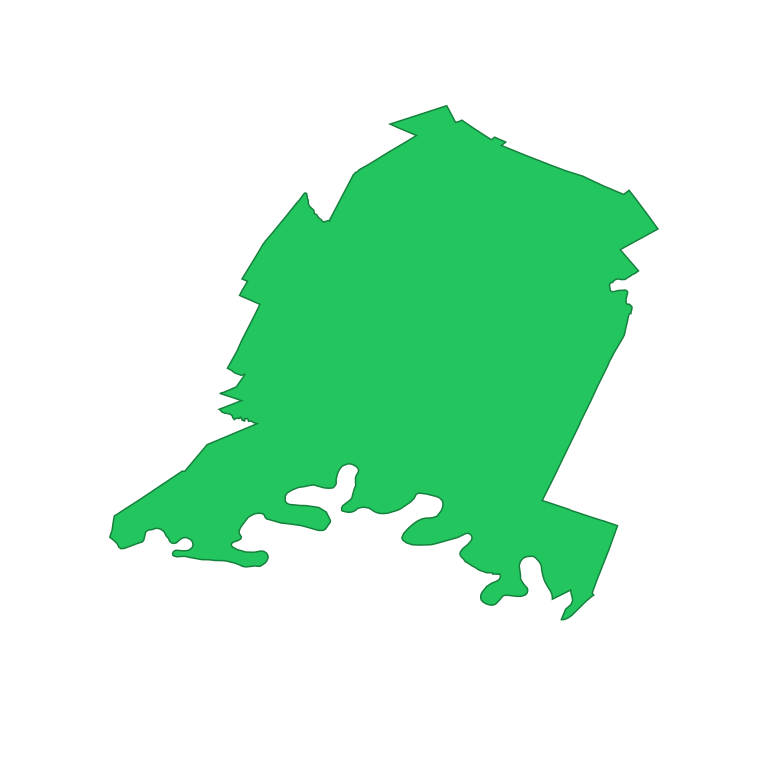 Draganesti, Prahova, Romania, rotated 350°
{"feature_id": "2599482B82413399684251", "entity_name": "Draganesti", "entity_type": "district", "adm_level": 2, "iso_a3": "ROU", "parent_name": "Romania", "parent_adm1": "Prahova", "projection": "equal_earth", "projection_center": [26.299, 44.838], "detail": "fine", "context": "isolated", "style": "filled", "palette": "green", "viewbox_px": 768, "rotation_deg": 350, "n_neighbors": 0, "source": "geoboundaries", "source_scale": "gbopen_adm2", "svg_char_len": 6160}
<svg xmlns="http://www.w3.org/2000/svg" viewBox="0 0 768 768"><g transform="rotate(350 384 384)"><path d="M553.9,628.4L552.8,626.1L553.0,625.5L560.7,612.3L576.2,587.1L589.4,564.1L575.6,556.5L574.1,555.9L558.3,547.5L546.0,540.8L544.6,539.7L519.6,526.2L536.5,503.5L545.1,491.4L570.3,456.7L570.2,456.4L584.7,436.6L594.2,422.9L607.9,404.3L608.9,402.4L616.4,392.7L627.0,380.3L629.1,377.6L636.9,358.9L637.7,357.7L638.1,357.4L639.5,357.5L639.8,355.6L640.7,354.3L641.5,351.8L641.5,350.7L639.5,348.0L637.7,347.8L636.9,347.1L636.6,345.4L636.9,343.4L637.8,340.9L639.8,336.5L639.8,335.5L639.5,334.6L638.7,333.8L637.2,333.2L634.9,333.2L633.2,332.8L631.2,332.6L626.1,333.0L624.5,332.5L623.4,331.6L623.2,331.2L623.1,330.3L623.2,327.4L623.5,324.8L625.3,323.6L626.1,323.8L627.1,323.4L628.6,322.0L629.3,321.7L630.8,321.3L633.2,321.2L635.8,322.4L639.5,322.9L642.9,321.4L646.1,320.2L647.3,319.4L649.7,319.0L654.3,316.8L639.9,292.7L680.7,278.9L673.3,263.7L664.0,245.3L659.0,235.8L652.9,238.9L634.1,226.8L615.6,213.7L600.2,205.7L586.1,197.4L562.8,183.2L541.0,169.5L545.9,166.9L535.7,160.1L532.5,162.1L531.5,161.5L515.9,147.0L506.5,137.7L503.4,138.5L499.9,138.8L494.1,120.8L435.1,129.1L443.8,135.0L459.1,144.9L448.3,149.2L430.2,155.9L406.6,165.3L398.3,168.1L395.9,169.2L395.2,170.1L392.5,170.9L390.1,172.7L359.2,212.7L358.9,213.1L358.8,214.0L357.1,213.4L356.0,213.6L355.1,214.0L354.0,213.6L353.1,214.0L352.4,213.9L351.8,213.4L350.7,211.3L348.6,209.0L347.5,206.7L347.3,205.9L347.0,205.3L345.4,204.5L345.0,204.1L344.9,203.7L345.1,201.3L345.0,200.6L341.3,195.8L340.9,192.9L341.4,189.7L340.6,188.0L341.1,186.2L340.7,185.1L341.0,183.3L340.4,182.5L338.9,182.2L332.2,188.5L329.2,190.8L316.7,201.8L300.0,216.1L292.0,222.6L291.1,223.6L289.1,225.4L282.2,233.5L262.4,255.9L267.4,259.2L259.9,268.0L257.1,271.7L275.6,284.0L269.7,292.2L251.9,315.8L244.5,326.6L232.5,341.3L236.3,344.2L238.8,347.1L245.0,350.7L248.5,350.2L247.9,351.4L238.0,361.2L224.6,364.4L222.0,364.5L221.2,365.0L240.9,375.6L217.2,380.3L218.4,381.3L219.1,383.0L219.7,383.6L222.5,385.3L224.1,385.6L225.4,386.3L226.5,386.5L228.4,388.1L228.9,388.8L229.2,390.8L230.3,393.1L232.7,392.1L234.5,392.3L234.7,392.8L235.0,392.9L235.5,392.6L236.0,392.6L236.6,391.8L237.0,391.7L237.2,392.0L237.0,392.5L237.7,393.0L237.9,394.9L238.5,395.2L239.5,394.8L239.7,395.0L239.6,395.9L239.7,396.2L240.3,396.2L240.6,395.8L240.8,394.2L241.3,393.9L241.7,393.8L242.0,394.3L243.6,394.4L244.0,395.0L243.9,396.3L244.1,397.2L247.0,397.5L247.3,397.7L248.6,399.3L250.9,400.1L251.5,401.0L251.8,401.1L199.3,413.0L172.6,435.4L170.1,434.8L124.8,454.8L103.2,463.9L98.8,465.9L95.7,467.0L95.4,467.4L92.8,474.6L90.8,480.8L87.3,487.3L91.0,491.4L92.5,493.5L93.4,494.8L94.6,498.6L96.2,500.5L100.0,500.8L113.1,498.3L118.7,497.5L120.5,495.7L123.5,488.6L125.5,487.2L127.3,487.0L130.6,487.1L134.2,486.5L136.7,487.1L139.1,488.4L141.7,491.1L143.4,496.5L144.9,498.5L145.6,501.6L147.1,503.6L149.6,504.6L152.1,504.3L156.5,501.5L159.8,500.5L162.6,500.9L164.7,502.2L166.3,503.4L167.7,505.6L168.1,508.1L167.8,510.1L166.4,511.9L163.9,513.3L161.9,513.9L157.8,513.6L150.4,511.6L148.4,512.0L147.3,512.8L146.3,514.4L146.3,515.8L147.2,516.9L150.2,518.2L156.5,518.9L158.7,519.4L162.9,521.2L174.1,525.3L182.1,526.9L186.7,528.4L194.8,530.0L198.1,531.0L205.2,534.1L209.2,536.3L211.8,538.2L213.6,539.3L216.6,540.2L225.6,540.8L228.6,541.8L230.8,541.9L235.9,539.6L237.9,537.8L239.8,534.8L239.8,532.7L239.4,531.0L238.3,529.4L236.6,528.0L234.6,527.3L232.1,527.0L228.9,527.2L226.0,527.0L218.8,525.5L211.0,521.7L206.8,518.6L205.7,516.6L206.0,515.0L207.8,513.6L211.7,513.1L214.8,512.2L216.2,511.5L217.0,509.9L215.6,506.1L215.7,503.8L217.8,500.5L221.1,497.2L227.2,491.7L230.9,490.2L235.0,489.3L239.5,489.7L241.9,490.7L242.9,491.7L243.5,492.8L243.9,494.8L244.9,496.4L258.5,503.0L266.4,505.3L277.4,508.9L282.8,511.3L292.1,515.9L294.8,517.0L298.9,517.6L301.4,516.5L307.1,510.7L307.5,509.0L304.9,500.1L298.4,494.3L286.4,490.3L280.5,489.1L269.7,486.1L267.3,484.2L266.4,482.1L267.2,477.3L269.6,474.6L274.5,472.6L281.7,471.0L287.8,471.2L293.7,471.0L297.3,471.2L306.8,475.8L310.3,476.8L314.1,477.4L315.9,477.3L317.5,476.2L319.6,474.0L320.3,469.7L322.4,464.7L324.1,462.0L326.1,459.6L328.6,457.7L329.6,457.3L334.2,456.4L335.9,456.6L338.3,457.4L340.0,458.5L342.2,460.2L343.6,462.3L344.0,464.5L343.5,465.9L340.9,469.2L339.6,471.5L338.9,475.6L338.6,478.9L335.9,483.2L332.6,490.5L330.5,492.4L323.5,496.0L322.1,496.9L320.7,498.7L320.4,501.1L321.0,501.9L326.2,504.1L329.7,504.5L332.3,504.1L334.6,503.1L336.4,502.0L340.7,501.6L343.7,502.1L348.0,503.8L352.4,508.0L354.7,509.5L357.9,510.9L361.0,511.5L365.1,511.9L375.4,510.7L378.9,509.7L389.7,504.8L393.7,502.0L396.6,498.2L399.1,497.4L406.5,499.6L415.9,503.8L418.7,505.5L420.8,508.4L421.4,510.7L421.1,513.2L419.8,516.6L418.3,518.8L413.9,522.8L412.9,523.4L409.8,524.0L406.5,524.0L401.4,523.3L397.8,523.5L392.7,524.9L387.9,527.3L383.1,530.2L377.6,534.4L376.1,536.5L374.9,538.6L375.3,540.8L378.5,544.3L383.9,547.2L390.5,548.7L401.8,550.4L406.2,550.3L429.6,548.0L438.6,545.5L440.9,545.6L442.7,546.9L443.7,548.3L443.9,549.2L444.0,551.0L442.4,553.6L438.5,556.7L433.0,559.8L430.3,562.3L429.3,564.5L429.5,566.4L430.5,568.3L432.0,570.3L433.2,573.0L435.5,574.9L438.2,577.6L441.6,580.3L445.2,583.7L452.6,587.8L458.1,588.8L458.0,590.0L460.3,590.4L463.3,591.2L465.0,591.3L465.4,592.0L465.3,593.0L464.7,595.3L462.9,596.9L459.6,598.0L455.3,598.9L450.2,601.1L445.2,605.3L443.6,607.2L442.6,609.0L442.1,611.4L442.4,614.0L443.9,616.0L446.0,617.9L448.4,619.3L451.1,620.4L453.6,620.6L456.0,620.0L460.7,616.5L463.6,614.0L464.9,613.2L465.8,613.1L467.9,613.3L470.7,614.0L478.8,616.4L482.3,616.9L484.7,616.6L487.0,616.0L488.6,614.7L489.4,613.1L489.8,611.3L489.5,609.7L487.1,605.8L485.7,602.8L484.9,600.6L484.7,599.3L485.2,596.2L485.6,586.8L486.2,585.1L487.5,582.7L490.3,580.0L492.4,579.2L495.5,578.8L500.0,579.4L501.7,580.0L503.1,581.5L506.0,586.0L507.0,588.7L507.3,590.5L507.0,594.5L507.2,600.3L507.6,603.9L508.1,606.5L509.9,611.8L512.3,617.6L512.9,621.5L512.4,625.2L532.1,619.3L531.9,622.0L532.3,627.8L532.0,630.6L529.5,633.9L523.8,637.3L517.7,646.8L519.2,647.2L521.3,647.2L524.7,646.3L528.7,644.5L545.4,632.9L552.2,629.0L553.9,628.4Z" fill="#22c55e" stroke="#15803d" stroke-width="1.5"/></g></svg>